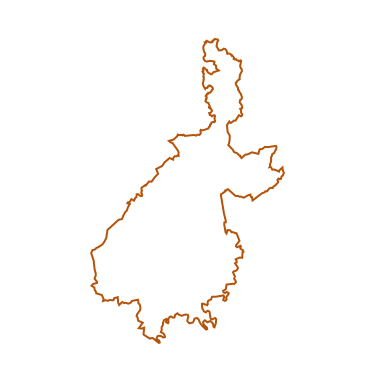 Tlahuiltepa, Hidalgo, Mexico (Robinson projection), rotated 192°
{"feature_id": "50627088B86938418920354", "entity_name": "Tlahuiltepa", "entity_type": "district", "adm_level": 2, "iso_a3": "MEX", "parent_name": "Mexico", "parent_adm1": "Hidalgo", "projection": "robinson", "projection_center": [-98.986, 20.833], "detail": "fine", "context": "isolated", "style": "outline", "palette": "amber", "viewbox_px": 384, "rotation_deg": 192, "n_neighbors": 0, "source": "geoboundaries", "source_scale": "gbopen_adm2", "svg_char_len": 6030}
<svg xmlns="http://www.w3.org/2000/svg" viewBox="0 0 384 384"><g transform="rotate(192 192 192)"><path d="M211.0,337.2L211.0,335.4L209.7,332.3L207.7,329.8L207.5,327.9L208.5,326.9L208.7,325.7L208.2,324.4L206.7,323.0L205.0,322.6L201.3,324.1L197.4,324.3L197.0,323.9L197.2,321.7L194.8,320.6L194.0,317.8L191.1,316.4L196.1,313.5L197.1,311.4L197.9,311.1L201.3,312.3L202.5,313.6L202.6,314.5L204.0,314.7L205.3,315.8L206.5,316.1L207.0,314.5L206.2,313.5L206.7,312.3L206.0,312.1L206.2,310.9L205.0,310.4L204.9,307.1L204.3,306.6L203.9,304.9L204.2,303.9L203.8,303.2L204.0,300.3L202.6,297.8L200.5,295.6L200.2,296.5L198.6,297.1L198.4,298.6L197.4,299.0L197.2,299.9L195.6,299.6L193.5,298.3L192.9,297.0L193.9,295.8L193.8,295.0L195.1,292.8L196.8,292.4L196.9,291.2L197.6,291.1L198.4,289.5L198.5,288.9L197.7,288.9L197.7,287.9L197.1,287.1L197.7,286.2L197.3,285.6L197.9,284.0L196.6,282.8L194.3,282.4L192.1,278.9L193.0,278.6L193.0,278.1L190.8,277.3L189.3,275.6L190.0,273.8L190.8,272.9L191.5,272.8L190.7,271.1L189.6,271.1L188.2,270.2L187.1,271.4L185.9,271.8L185.2,270.7L185.4,268.9L184.1,266.0L184.7,264.9L185.6,265.1L187.6,263.8L187.5,262.3L188.4,261.4L188.1,259.9L189.0,259.1L189.2,257.5L194.4,254.5L196.4,254.5L196.5,253.5L195.6,251.4L196.5,249.4L198.7,249.2L199.7,248.0L201.9,248.2L210.6,245.4L212.0,246.3L212.9,245.5L213.3,245.8L216.8,244.9L217.8,245.2L218.2,243.2L221.0,239.4L225.2,237.2L223.3,236.1L221.1,235.8L214.2,229.4L213.2,227.7L213.2,226.1L212.6,224.5L213.8,224.6L214.8,223.6L216.4,223.4L217.4,221.2L217.2,219.7L221.0,220.6L225.1,215.2L226.4,211.5L231.8,207.0L229.0,202.9L229.3,202.2L231.5,198.7L233.7,193.7L236.3,193.3L238.3,189.1L239.1,189.2L239.5,188.1L240.3,187.8L242.3,185.6L241.6,182.9L241.2,182.7L241.6,180.9L240.3,179.3L240.1,177.9L241.4,177.3L244.3,178.7L245.6,178.2L245.3,175.5L246.3,174.4L246.9,171.5L249.8,172.4L250.8,169.4L252.6,168.5L252.8,167.5L250.3,167.3L251.4,164.2L252.0,160.0L253.0,158.8L254.3,154.6L254.8,151.0L258.0,149.6L266.8,137.3L266.3,129.1L267.6,124.5L268.9,121.8L272.8,118.0L273.7,117.7L275.1,115.5L277.2,114.5L277.9,111.2L273.9,104.4L271.2,96.1L269.4,92.7L268.8,90.6L269.3,86.9L266.1,84.3L266.1,83.3L269.7,81.4L270.8,79.5L267.7,78.3L266.7,75.8L265.3,74.6L264.6,73.0L258.8,72.5L256.2,69.0L256.3,66.9L254.1,68.2L251.5,68.1L250.2,69.2L246.5,69.7L246.1,70.3L246.2,71.8L242.8,73.7L241.3,68.5L239.8,66.3L237.4,69.9L235.4,69.2L234.2,69.8L230.9,69.6L228.9,71.0L228.2,72.9L222.5,75.4L221.1,71.8L219.9,71.2L218.9,69.7L218.2,67.0L218.3,65.5L220.3,60.9L220.4,59.0L219.3,58.2L217.9,54.9L213.0,53.9L215.7,47.7L212.6,48.0L210.6,49.3L209.8,42.7L209.4,42.3L202.6,39.8L201.8,40.5L199.9,40.9L193.1,37.5L192.3,38.0L192.9,39.5L193.8,40.1L195.4,40.3L196.2,41.3L195.8,43.7L194.9,44.4L192.5,44.7L189.8,43.7L188.3,44.5L188.5,45.4L190.5,47.6L193.4,48.5L192.9,50.4L193.6,53.5L192.8,55.7L193.2,58.2L192.6,61.1L190.7,62.4L190.2,59.2L188.2,58.7L187.9,59.8L188.8,62.4L187.9,65.2L186.6,65.9L184.5,65.1L183.0,65.7L183.0,68.2L181.0,70.3L179.5,69.3L176.3,68.8L173.2,70.7L170.6,71.0L169.7,69.7L169.9,65.3L169.3,64.3L167.2,63.0L164.2,64.4L163.6,65.5L163.2,68.7L160.8,69.8L159.0,68.7L157.1,65.9L154.4,63.4L149.6,60.4L148.7,61.0L149.1,62.3L152.7,64.6L154.0,66.5L153.8,67.9L152.8,69.2L149.8,67.8L147.5,69.5L146.8,69.5L144.1,67.6L142.9,64.6L141.9,64.3L141.4,68.8L141.9,72.7L143.3,73.5L145.8,71.6L147.1,71.7L147.8,72.7L149.9,78.4L151.2,79.1L152.2,79.0L153.4,77.1L155.5,77.7L158.0,80.8L159.0,84.6L158.2,85.1L153.6,84.4L153.3,85.3L153.7,87.0L153.5,89.0L151.0,90.9L150.7,93.5L150.2,93.9L147.5,94.3L139.7,97.4L138.7,96.1L139.1,92.9L137.6,92.3L136.1,93.2L135.8,93.9L136.7,95.8L135.0,100.1L135.2,100.9L137.1,101.4L138.6,100.1L140.3,100.4L141.0,101.8L138.7,103.9L139.0,108.6L132.8,110.8L131.7,110.7L130.2,113.0L131.4,114.8L132.3,115.2L132.7,116.0L132.5,118.4L135.2,121.9L134.7,123.1L133.2,123.7L131.8,125.1L131.3,126.7L131.4,127.6L135.1,131.2L133.6,132.6L134.1,133.9L135.3,135.2L131.8,137.8L129.2,138.1L130.1,143.7L129.3,144.0L129.4,144.8L130.1,145.7L132.2,146.3L133.2,147.2L132.9,148.9L133.3,149.5L136.4,147.3L137.7,148.0L137.7,149.3L135.4,154.1L139.9,160.9L141.7,160.8L143.3,161.3L144.9,160.9L146.6,162.4L149.3,162.2L149.6,158.6L150.8,159.6L153.7,166.8L154.0,169.0L152.7,169.4L153.0,170.9L156.3,177.7L163.3,195.5L159.9,199.2L159.8,200.4L158.8,200.5L158.7,201.4L157.4,202.2L148.6,197.2L145.9,197.7L144.5,197.2L143.4,197.7L140.3,197.2L136.0,200.8L134.3,201.6L133.5,199.6L132.3,199.5L131.0,196.3L123.5,205.1L120.9,206.8L120.3,208.1L118.7,208.2L117.3,211.3L116.1,212.4L113.9,212.7L113.5,214.2L111.7,216.0L109.9,219.2L109.9,220.3L110.9,221.3L110.8,222.2L110.0,223.2L109.0,222.8L107.7,223.4L107.7,225.7L106.5,227.2L106.1,229.8L107.8,232.3L108.6,234.8L111.1,231.2L111.1,230.1L116.2,231.1L118.1,230.5L119.6,232.4L120.8,232.9L121.3,232.6L121.0,234.0L121.5,235.0L121.0,238.4L121.9,242.7L121.4,243.6L121.3,246.0L119.9,246.9L118.6,251.6L118.7,253.6L119.5,254.5L127.4,251.6L130.1,251.3L132.2,248.7L134.7,247.8L135.0,243.1L141.5,243.3L145.6,240.3L147.7,239.6L150.6,235.5L152.2,236.7L152.4,237.6L153.5,237.7L155.7,239.2L159.4,239.9L160.7,241.7L166.3,245.5L165.9,246.9L166.0,250.5L166.8,255.0L169.6,258.1L171.7,264.7L170.2,268.7L169.0,267.6L168.4,267.6L165.7,270.6L164.3,270.9L162.0,276.9L159.8,276.2L158.9,277.2L158.9,278.3L160.5,279.9L161.1,282.6L162.1,283.3L160.4,284.5L160.4,285.2L161.4,287.2L164.1,289.7L164.0,292.2L163.1,292.8L162.7,294.2L163.2,295.8L165.1,298.7L166.3,299.4L167.2,301.1L168.2,301.5L168.7,303.5L171.3,306.1L171.9,308.0L170.9,309.2L170.7,310.4L168.8,312.2L169.3,313.9L169.4,317.1L168.3,320.5L169.0,322.5L169.9,323.1L171.1,325.1L171.2,330.5L172.1,330.8L173.2,329.6L174.2,330.2L175.6,330.2L176.7,331.1L177.7,330.5L178.8,330.7L179.0,332.3L181.3,334.0L181.6,333.6L182.9,334.9L184.8,335.2L186.1,334.5L187.7,337.6L189.1,338.7L190.7,338.8L192.4,336.9L195.1,336.1L198.3,339.7L198.5,343.6L197.9,345.5L198.4,346.5L201.6,346.4L201.7,345.6L202.8,344.9L203.1,343.3L203.8,343.3L203.7,342.6L204.3,342.3L205.8,342.0L209.2,343.0L210.0,341.7L208.5,340.5L209.3,341.1L210.3,340.9L209.4,340.0L210.1,340.2L211.0,337.2Z" fill="none" stroke="#b45309" stroke-width="2"/></g></svg>